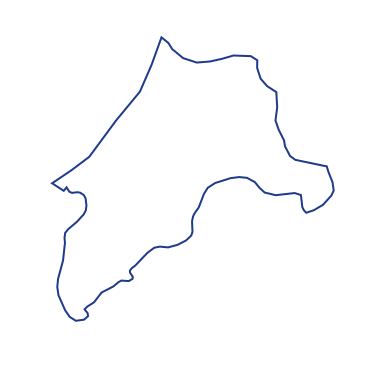 Vlasenica, Robinson projection, rotated 100°
{"feature_id": "BIH-4805", "entity_name": "Vlasenica", "entity_type": "state/province", "adm_level": 1, "iso_a3": "BIH", "parent_name": "Bosnia and Herzegovina", "parent_adm1": "", "projection": "robinson", "projection_center": [19.204, 44.258], "detail": "fine", "context": "isolated", "style": "outline", "palette": "blue", "viewbox_px": 384, "rotation_deg": 100, "n_neighbors": 0, "source": "natural_earth", "source_scale": "10m", "svg_char_len": 1406}
<svg xmlns="http://www.w3.org/2000/svg" viewBox="0 0 384 384"><g transform="rotate(100 192 192)"><path d="M192.6,75.9L190.5,78.7L187.8,80.7L176.1,84.2L175.2,90.7L180.6,109.0L179.9,120.4L176.0,126.5L171.4,131.7L168.5,140.3L169.1,148.2L171.7,156.5L179.1,170.7L185.1,177.2L191.8,179.9L206.1,182.7L212.9,185.9L215.9,186.7L220.6,186.9L231.3,184.6L235.1,185.2L240.8,189.5L246.5,197.0L250.7,205.9L251.4,214.3L253.5,219.6L259.7,225.4L274.3,235.1L277.8,238.3L280.2,239.5L282.2,239.0L285.9,235.5L287.9,235.5L290.7,238.8L291.5,246.2L293.6,248.8L298.7,253.1L304.7,261.0L306.7,263.6L317.6,269.3L323.0,275.2L326.1,277.4L327.3,276.3L329.3,273.8L332.3,272.8L336.5,276.2L339.0,284.0L336.2,290.8L330.5,296.4L316.8,305.6L308.9,308.2L300.8,308.8L281.8,307.1L264.1,308.3L259.1,309.6L254.3,309.8L250.0,307.4L241.4,300.2L232.9,294.8L228.5,293.4L223.6,293.6L216.8,295.7L213.9,297.9L212.1,301.9L212.1,304.8L213.7,310.0L213.0,312.9L209.2,316.3L213.1,318.5L207.7,331.3L191.4,314.4L175.2,299.3L134.6,279.1L102.2,260.7L73.8,253.9L45.0,248.9L49.3,241.2L53.8,237.1L54.6,236.5L61.7,224.0L63.7,209.8L60.3,196.8L55.6,185.5L50.4,174.9L48.0,157.7L50.9,150.6L58.5,149.4L68.5,144.1L74.7,136.4L79.0,126.3L93.8,122.8L107.1,122.2L115.7,117.4L125.2,110.3L130.9,108.3L139.5,101.7L142.4,95.8L143.3,67.4L143.3,63.8L148.6,61.1L157.8,55.4L165.9,52.7L171.2,54.1L181.8,60.7L188.9,69.0L192.6,75.9Z" fill="none" stroke="#1e3a8a" stroke-width="2"/></g></svg>